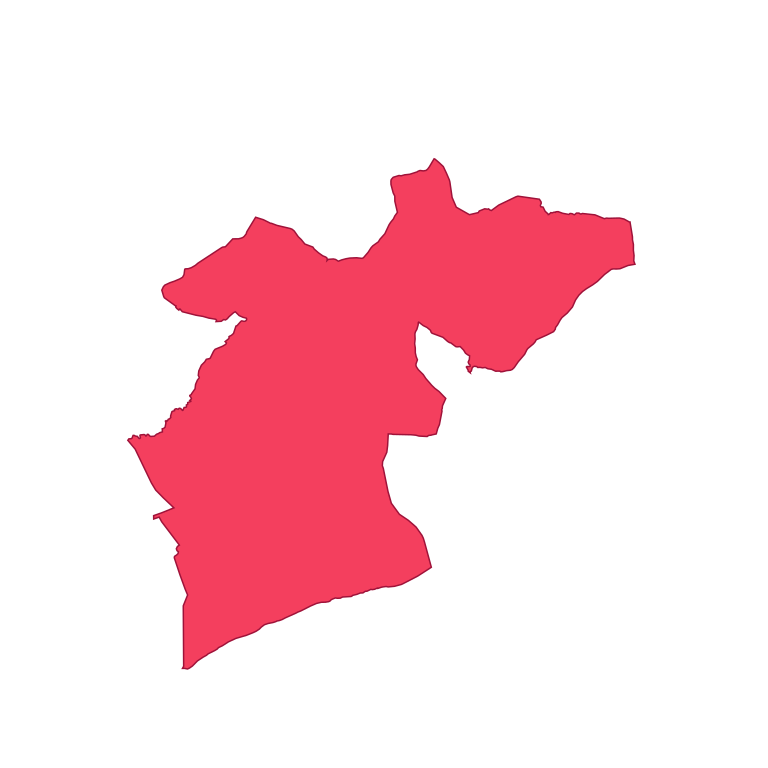 Carta, Sibiu, Romania, rotated 70°
{"feature_id": "2599482B3340713178637", "entity_name": "Carta", "entity_type": "district", "adm_level": 2, "iso_a3": "ROU", "parent_name": "Romania", "parent_adm1": "Sibiu", "projection": "orthographic", "projection_center": [24.558, 45.797], "detail": "fine", "context": "isolated", "style": "filled", "palette": "rose", "viewbox_px": 768, "rotation_deg": 70, "n_neighbors": 0, "source": "geoboundaries", "source_scale": "gbopen_adm2", "svg_char_len": 6168}
<svg xmlns="http://www.w3.org/2000/svg" viewBox="0 0 768 768"><g transform="rotate(70 384 384)"><path d="M584.6,666.1L584.4,663.9L583.5,660.5L580.4,654.0L578.8,647.4L578.2,643.6L577.4,641.5L576.6,634.3L576.0,631.3L575.1,629.7L574.7,625.5L573.1,618.4L572.4,610.2L573.1,599.2L572.9,592.2L572.6,588.8L571.7,585.0L570.4,582.3L569.3,578.6L569.4,574.8L570.2,569.8L570.3,566.8L570.1,565.8L570.5,563.2L570.5,560.2L570.0,556.7L569.1,544.2L568.9,543.6L568.8,539.8L567.5,529.1L567.1,522.4L567.7,517.5L569.0,513.6L569.6,510.5L569.5,509.0L568.7,507.5L568.5,506.1L568.4,502.9L569.4,501.1L570.3,498.3L570.0,495.8L572.4,487.7L572.4,486.8L571.9,485.8L572.4,481.4L572.3,477.8L573.1,475.2L572.4,472.5L572.9,470.8L572.5,466.6L573.2,465.4L573.7,463.0L573.5,460.2L573.6,459.7L574.0,459.7L574.1,455.8L574.4,454.0L575.0,451.3L576.1,449.5L577.7,443.3L578.3,436.4L578.2,434.9L576.0,417.9L572.4,402.2L546.3,400.0L542.3,399.8L539.2,400.1L529.4,402.8L520.5,407.7L511.7,414.1L498.6,417.9L486.3,417.0L463.0,413.5L460.2,413.5L456.4,411.8L449.1,404.7L443.2,401.7L432.4,397.1L433.6,394.0L434.3,393.0L441.0,375.8L443.0,371.6L444.9,368.9L448.1,361.4L447.6,359.6L448.2,357.3L448.2,356.5L448.8,352.0L444.0,348.6L441.1,345.8L429.2,338.7L428.1,338.7L427.0,337.7L424.5,336.5L418.7,330.9L409.8,334.9L405.5,337.7L401.6,339.6L393.2,342.8L388.6,343.9L382.2,346.9L378.8,347.7L377.5,347.6L376.1,347.1L372.7,344.3L369.2,344.4L365.4,343.9L360.9,342.3L356.6,341.4L352.4,339.4L347.4,337.8L345.6,336.5L344.0,334.5L340.3,331.8L337.8,330.6L337.7,330.2L342.6,327.1L345.5,324.3L349.4,322.0L351.6,322.0L352.7,321.5L360.3,312.6L365.7,309.7L367.4,308.4L368.3,307.1L373.4,303.8L374.1,302.6L374.9,299.6L379.4,297.6L382.9,296.9L385.2,295.4L386.7,293.9L390.1,295.4L392.2,297.4L394.0,297.4L395.6,296.6L396.8,297.0L396.8,297.6L395.9,300.2L396.2,300.8L399.8,300.2L400.8,300.5L403.0,299.1L402.2,299.0L401.9,298.6L401.7,297.5L399.1,295.7L398.5,294.8L398.2,293.5L398.3,292.9L399.3,290.9L400.5,290.3L401.2,288.1L402.5,285.9L403.1,283.2L405.2,281.2L406.9,278.0L410.1,274.8L411.2,271.6L411.6,270.7L412.5,270.1L413.0,268.1L413.4,264.1L414.3,260.5L414.2,258.5L413.1,256.0L409.0,250.2L404.2,241.7L400.7,238.0L399.8,236.6L397.4,229.9L396.1,227.6L394.5,225.8L393.7,214.5L392.8,206.7L391.1,204.3L389.6,203.5L387.7,200.6L384.2,196.6L382.4,194.0L380.0,187.5L376.1,180.6L370.5,175.2L367.2,170.5L365.0,165.8L363.6,160.9L362.2,154.0L360.6,148.4L356.5,139.3L354.0,131.3L354.2,129.4L355.5,126.0L356.4,122.8L356.1,114.1L357.3,107.2L353.8,107.2L348.8,105.1L343.6,103.9L338.2,101.9L333.6,101.2L330.7,100.2L315.9,97.4L315.8,97.9L311.1,102.0L309.4,104.6L308.5,106.2L305.1,116.3L304.2,118.2L304.0,120.4L297.2,127.9L291.9,138.7L291.6,139.3L291.7,140.5L291.3,141.4L290.1,142.3L289.2,144.7L290.0,146.8L290.0,147.4L288.3,149.0L287.6,150.3L287.4,151.0L287.9,152.3L284.7,157.7L281.6,161.4L281.1,163.0L281.0,163.8L281.3,164.3L280.7,165.3L280.7,167.5L280.0,168.6L281.1,171.0L281.0,171.7L280.5,171.6L276.8,173.5L272.2,174.0L271.0,176.1L269.6,176.0L267.9,174.4L266.6,174.1L263.5,174.8L253.3,193.9L253.2,195.9L255.1,214.9L257.7,223.8L256.8,224.9L255.2,225.8L255.3,226.5L253.8,229.5L254.0,235.3L255.2,236.8L254.1,245.8L242.6,255.6L232.0,256.2L216.7,253.0L214.6,252.8L207.5,253.2L200.0,253.9L195.4,256.2L190.2,259.1L189.5,259.9L195.5,267.2L197.0,269.5L197.7,271.4L197.2,274.2L195.7,277.1L195.7,279.2L196.0,280.4L195.7,288.2L194.5,293.0L194.2,296.7L193.2,298.6L192.9,304.6L194.0,306.7L194.6,307.5L195.7,308.1L198.9,309.2L207.6,310.0L211.1,309.6L216.0,311.3L227.3,312.7L229.8,316.4L232.1,318.7L234.3,322.4L236.1,324.8L243.1,331.8L246.5,338.2L248.5,340.7L250.3,347.2L251.5,349.5L254.9,354.0L258.3,360.1L258.4,360.8L258.4,361.7L256.0,366.6L254.0,372.9L253.3,376.8L252.9,381.2L253.0,384.9L250.4,386.9L249.2,388.8L247.8,393.6L248.5,395.3L247.4,394.6L245.8,394.6L244.7,395.4L242.5,397.8L238.3,400.7L233.4,403.4L231.0,404.0L225.4,410.5L219.9,412.4L216.3,414.2L209.6,416.0L207.3,417.3L205.9,418.8L198.3,430.4L194.5,434.8L194.3,435.5L188.4,441.1L183.4,447.6L193.5,460.2L194.4,461.2L195.7,462.0L197.5,464.9L198.0,466.4L198.1,468.1L197.8,471.0L195.9,476.5L200.8,486.1L200.2,488.7L200.3,489.9L206.8,517.5L208.0,520.7L208.8,525.3L208.7,528.5L207.9,531.2L208.0,532.0L212.8,534.5L214.8,536.8L215.4,540.0L215.7,545.9L215.6,550.4L216.1,556.1L217.1,558.0L219.8,560.7L226.6,561.1L227.9,560.9L239.3,553.2L239.5,552.8L240.4,553.4L242.1,552.9L244.4,551.5L243.7,550.6L243.7,550.1L247.1,548.8L255.1,537.1L258.5,531.1L262.2,526.0L265.6,520.0L266.7,519.5L267.9,520.5L269.4,515.5L268.6,512.6L269.6,511.0L269.1,509.0L267.7,506.5L265.5,500.8L265.3,499.0L270.2,496.7L273.1,493.7L275.1,490.8L275.9,490.8L276.7,491.2L277.3,492.1L277.5,493.2L277.2,494.2L276.0,496.1L276.2,497.1L278.9,502.1L278.9,503.3L285.0,508.1L286.1,510.8L286.3,512.9L286.5,513.5L287.6,513.8L288.3,514.4L289.8,518.8L291.5,518.0L292.2,518.6L292.7,519.7L293.3,522.9L293.6,530.8L294.9,532.9L300.3,538.5L300.4,539.5L300.0,542.5L301.9,544.9L303.9,549.2L308.4,553.6L312.4,555.6L314.5,555.3L315.1,555.7L316.6,558.1L319.9,561.2L323.9,563.2L327.3,568.1L328.0,568.7L328.3,570.4L328.9,570.6L330.6,570.0L332.0,570.0L333.0,572.1L333.7,571.4L334.3,571.5L334.3,574.8L336.0,575.5L336.1,576.9L337.9,577.4L338.1,578.1L337.7,579.9L339.9,581.9L339.9,582.4L337.6,583.4L336.9,584.2L336.8,585.0L337.4,586.1L336.3,587.4L336.1,588.1L336.3,589.6L337.4,589.9L337.3,592.3L337.5,592.8L341.1,595.5L342.5,595.8L343.4,597.5L343.3,598.7L344.5,600.1L344.6,600.8L343.9,601.3L344.1,602.1L345.9,602.2L349.7,604.5L350.4,606.4L350.2,607.7L353.2,608.6L353.0,611.5L353.4,612.8L353.4,614.9L354.5,617.6L353.5,621.1L352.9,621.8L350.8,622.7L350.5,623.1L350.4,623.7L351.4,625.0L351.4,625.6L349.9,626.1L349.4,626.8L348.5,630.5L349.0,631.0L351.2,631.3L351.6,631.9L351.6,632.4L351.2,632.9L348.8,633.7L348.1,635.2L346.7,636.5L346.5,637.4L348.7,639.3L348.9,640.1L348.3,642.6L349.3,644.0L360.1,640.1L397.4,636.4L405.6,634.8L415.7,630.2L428.5,623.8L429.0,637.3L428.9,645.5L432.1,646.6L432.2,640.8L437.5,640.0L465.4,631.4L466.0,633.7L467.8,635.5L469.9,635.5L471.2,634.6L472.9,635.5L473.8,637.5L474.2,639.4L474.6,640.0L475.6,640.5L493.5,641.0L508.9,641.0L515.1,640.7L523.8,648.5L580.7,668.8L582.3,670.6L583.0,668.7L584.6,666.1Z" fill="#f43f5e" stroke="#9f1239" stroke-width="1.5"/></g></svg>